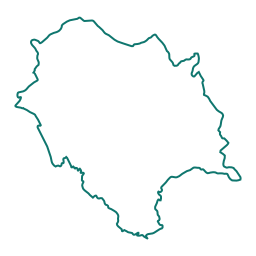 the Union Territory of Himachal Pradesh
{"feature_id": "IND-2429", "entity_name": "Himachal Pradesh", "entity_type": "Union Territory", "adm_level": 1, "iso_a3": "IND", "parent_name": "India", "parent_adm1": "", "projection": "orthographic", "projection_center": [77.297, 31.808], "detail": "fine", "context": "isolated", "style": "outline", "palette": "teal", "viewbox_px": 256, "rotation_deg": 0, "n_neighbors": 0, "source": "natural_earth", "source_scale": "10m", "svg_char_len": 5752}
<svg xmlns="http://www.w3.org/2000/svg" viewBox="0 0 256 256"><path d="M198.8,72.0L200.7,75.9L203.3,79.8L203.5,80.5L203.3,81.0L202.8,81.5L202.5,82.2L202.4,83.1L202.7,83.9L204.3,91.0L204.3,92.7L203.9,94.1L204.1,95.0L205.3,95.4L207.7,96.7L209.1,98.7L210.3,101.1L216.8,109.8L218.7,111.3L221.6,113.0L222.4,113.8L223.1,115.3L222.9,116.8L221.5,120.1L221.2,121.6L220.7,124.9L220.3,126.4L218.6,129.1L218.4,130.4L220.1,132.2L219.9,133.6L220.0,134.4L220.3,135.0L221.1,136.0L221.7,137.3L222.0,137.9L222.5,138.3L223.1,138.4L224.3,138.4L226.8,140.9L228.4,142.9L228.0,143.8L226.9,145.1L220.6,150.5L220.3,152.2L222.8,153.8L224.8,155.5L224.7,158.1L223.8,161.0L223.3,164.0L223.5,165.4L223.8,166.1L224.3,166.6L226.4,167.6L227.2,167.6L228.9,167.2L230.7,167.3L231.5,167.3L233.6,168.0L234.4,169.1L236.5,171.2L240.4,177.1L240.6,178.3L240.4,179.6L238.3,180.3L236.4,180.6L232.2,180.4L230.7,179.4L229.8,178.5L228.9,177.2L227.6,174.4L227.1,173.9L226.1,173.7L224.4,173.8L222.4,173.4L220.1,173.3L218.7,173.4L217.7,173.4L216.5,173.0L215.7,172.5L214.6,172.3L213.1,172.2L210.3,172.6L208.9,173.0L207.7,173.2L207.1,173.0L205.9,172.2L203.8,169.9L203.2,169.4L202.7,169.3L201.8,169.5L201.1,169.5L200.4,169.0L200.1,168.4L199.6,168.0L198.9,167.8L197.6,167.8L195.2,167.5L194.2,167.5L193.3,167.8L190.1,170.1L186.9,171.1L182.3,173.8L179.3,176.1L177.2,177.1L176.4,177.3L175.2,177.3L172.2,176.8L171.5,176.8L170.7,177.1L169.9,177.7L167.9,179.8L165.8,182.5L161.8,186.6L161.3,187.3L161.2,188.1L161.9,189.5L162.0,190.2L161.6,191.1L161.0,191.7L160.4,192.0L159.8,192.1L158.5,191.6L158.1,192.1L158.1,192.9L158.9,194.4L159.6,195.0L160.2,195.4L160.7,195.9L161.0,196.7L161.0,198.6L160.6,200.3L159.7,200.3L158.8,199.5L158.3,199.6L157.6,200.6L156.8,203.2L155.2,206.7L155.1,208.1L155.3,209.1L157.2,211.0L157.5,212.2L157.6,213.9L157.8,214.9L158.9,216.2L159.2,216.8L159.6,218.8L159.5,219.5L159.1,220.2L157.9,221.0L157.8,221.4L159.3,224.1L159.8,224.7L160.6,225.0L162.2,225.2L162.5,225.6L162.6,226.8L162.5,227.6L161.7,228.5L161.0,228.6L159.5,229.3L154.2,232.7L152.6,233.4L148.1,234.1L146.7,234.8L146.0,235.8L146.1,236.5L147.0,237.8L147.3,238.3L147.2,238.4L144.2,236.7L142.5,235.1L141.4,235.1L140.8,235.4L139.0,235.7L137.7,235.6L137.2,235.4L137.2,235.0L138.2,233.8L138.5,233.2L138.4,232.8L137.9,232.8L135.7,234.2L134.7,234.7L133.6,234.7L133.0,234.2L132.2,233.1L131.6,232.9L128.5,232.3L127.7,232.0L126.7,231.3L124.3,230.1L122.6,231.2L122.1,231.1L121.8,230.2L121.7,229.3L118.1,226.3L117.2,225.1L116.9,223.9L118.0,221.8L118.2,220.8L118.0,218.6L118.3,216.6L118.2,215.4L117.7,214.3L116.7,212.9L116.0,212.1L114.1,210.8L111.2,209.1L109.2,208.3L108.4,207.8L108.2,207.3L108.2,206.8L108.0,205.9L107.4,205.4L106.8,205.0L105.9,204.8L105.4,204.4L104.9,203.7L104.6,202.9L104.3,201.4L103.9,200.6L102.1,198.3L101.0,198.1L100.1,198.2L99.2,198.5L98.2,198.4L97.6,198.0L97.0,197.3L96.4,196.0L96.2,195.7L95.7,195.6L94.8,195.9L93.8,196.7L92.9,197.6L89.9,195.0L88.5,193.4L84.8,190.5L83.5,189.2L82.9,188.1L82.4,186.4L82.2,185.6L82.4,184.2L83.4,182.1L83.3,181.4L82.1,180.6L81.9,180.0L82.1,176.1L82.4,175.5L83.4,174.3L83.8,173.4L83.5,172.9L82.9,172.7L81.3,172.9L80.8,172.8L80.7,172.5L81.1,171.1L80.9,170.3L80.4,169.4L79.8,168.7L79.6,168.8L79.4,169.0L78.7,170.3L78.1,170.6L77.8,170.3L77.4,168.8L77.1,168.3L76.7,168.0L75.6,167.9L75.1,168.5L74.8,168.4L74.3,167.9L73.7,166.9L73.3,166.5L73.0,166.6L72.2,167.3L71.9,167.4L71.4,167.2L71.0,165.8L69.6,162.9L67.1,157.9L66.2,157.0L65.5,157.8L63.7,158.4L63.3,159.2L63.7,162.1L63.5,162.9L63.1,163.2L62.3,163.1L61.8,163.4L61.6,164.0L61.4,165.2L61.0,165.8L60.5,166.2L60.1,166.3L59.6,166.2L58.4,165.6L57.1,165.8L55.6,166.5L54.2,165.6L52.8,164.0L52.1,162.8L51.7,161.6L50.7,156.9L47.2,146.5L37.7,127.6L37.6,127.0L37.7,126.2L38.0,125.8L38.5,125.6L40.3,125.7L40.7,125.4L40.7,125.0L38.1,119.8L35.8,116.2L35.0,114.7L33.8,113.9L30.0,112.1L26.8,110.0L23.8,108.6L23.3,108.1L22.3,108.3L20.9,107.7L16.9,107.0L15.6,106.4L15.4,105.8L15.7,105.2L19.5,101.0L20.6,98.9L20.9,97.8L20.9,97.3L20.5,97.1L20.1,97.1L19.1,97.6L18.6,97.6L17.9,97.1L17.5,96.1L17.4,94.9L17.6,93.8L17.9,92.9L18.5,92.4L23.1,91.4L24.4,90.8L25.4,90.2L26.4,89.3L28.8,86.5L34.0,82.4L37.2,80.6L37.6,80.2L37.7,79.7L37.6,79.2L35.0,73.9L34.1,72.8L33.5,72.6L34.0,71.9L34.8,70.2L34.7,69.2L36.7,66.4L38.5,64.9L38.7,63.8L38.7,62.2L37.4,59.1L37.2,58.2L37.4,55.6L38.0,54.2L38.0,53.7L37.8,52.8L37.4,52.1L36.3,50.7L35.3,48.6L34.5,47.6L32.3,45.2L31.6,44.1L31.1,43.0L31.0,42.0L31.3,41.1L31.8,40.4L32.6,40.0L33.8,39.7L34.7,39.7L35.4,39.9L38.1,41.0L38.6,41.4L39.6,42.8L40.1,43.2L40.9,42.9L42.0,42.2L47.2,37.7L49.2,35.3L50.4,34.4L53.8,32.9L56.6,32.1L57.9,31.5L59.3,30.6L60.9,28.8L61.5,27.5L61.8,26.5L61.8,25.7L62.2,25.0L63.1,24.1L66.9,21.6L69.8,20.3L77.3,18.8L79.2,17.6L80.3,17.8L83.7,20.7L84.6,21.0L92.0,20.5L92.9,20.7L93.8,21.3L97.8,26.0L99.0,26.9L102.5,30.1L104.1,32.2L104.9,33.1L105.9,33.8L108.8,35.2L114.5,39.7L117.6,41.5L123.1,43.4L131.4,46.1L132.9,46.1L133.3,45.7L133.8,44.8L134.4,44.3L137.6,44.0L139.8,43.5L141.1,42.8L143.8,42.1L144.7,41.7L146.5,40.5L148.8,38.2L150.5,37.6L151.1,37.3L152.6,35.7L154.4,34.7L155.0,34.6L155.6,34.8L156.3,35.6L157.0,36.8L158.5,38.7L162.3,42.7L164.5,45.6L166.9,51.0L168.0,51.9L168.8,53.1L169.2,54.1L169.4,58.1L169.8,59.3L170.6,60.2L172.2,62.0L172.8,62.9L173.5,65.1L174.5,65.8L176.7,65.7L177.7,65.2L178.9,63.5L179.9,62.8L180.3,62.4L180.6,61.8L181.3,61.3L183.9,60.8L185.5,59.7L186.3,59.4L188.7,59.5L189.7,59.3L190.4,58.9L191.3,57.5L192.0,57.1L193.7,56.4L194.3,56.0L194.5,55.3L194.3,54.0L194.5,53.7L195.5,53.5L197.3,53.5L197.7,53.6L198.1,54.5L198.6,56.4L198.8,57.6L198.9,58.7L198.5,62.0L198.3,62.6L197.9,63.3L197.2,64.0L195.6,65.1L194.3,66.1L193.7,66.8L193.0,68.4L192.6,70.7L192.3,71.7L191.8,72.8L191.6,73.9L191.8,74.9L192.4,75.7L193.1,76.3L193.7,76.5L194.4,76.4L197.3,73.0L198.8,72.0Z" fill="none" stroke="#0f766e" stroke-width="2"/></svg>